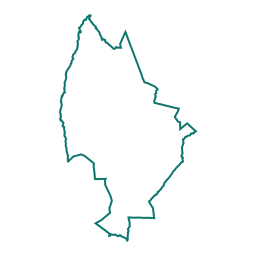 Murehwa, Mashonaland East, Zimbabwe
{"feature_id": "62879985B35130574204282", "entity_name": "Murehwa", "entity_type": "district", "adm_level": 2, "iso_a3": "ZWE", "parent_name": "Zimbabwe", "parent_adm1": "Mashonaland East", "projection": "equal_earth", "projection_center": [31.759, -17.8], "detail": "fine", "context": "isolated", "style": "outline", "palette": "teal", "viewbox_px": 256, "rotation_deg": 0, "n_neighbors": 0, "source": "geoboundaries", "source_scale": "gbopen_adm2", "svg_char_len": 5649}
<svg xmlns="http://www.w3.org/2000/svg" viewBox="0 0 256 256"><path d="M68.1,161.5L73.6,156.4L81.3,154.4L84.8,156.0L93.9,163.4L93.6,167.0L93.9,168.0L93.9,168.9L94.3,169.7L94.1,171.0L94.4,172.2L94.4,173.0L94.6,173.8L94.6,175.3L94.9,176.7L94.8,178.5L95.1,179.1L105.6,178.9L105.0,179.9L105.2,184.8L108.5,191.7L110.2,195.2L111.8,200.5L111.6,201.8L111.3,202.2L111.1,203.0L110.5,205.0L110.4,205.8L109.4,207.4L109.6,208.8L109.5,209.8L109.5,210.5L109.7,210.8L110.1,212.8L105.5,216.6L101.5,220.0L95.6,223.3L105.7,230.8L105.7,230.7L109.5,233.7L109.2,235.9L110.0,235.8L110.7,235.0L111.1,234.3L111.7,234.4L113.8,235.0L114.6,234.6L115.3,234.5L117.1,235.9L118.0,235.9L118.3,236.1L118.6,236.1L118.8,235.8L118.9,235.5L119.2,235.3L119.6,235.3L119.9,235.5L120.5,235.3L121.1,235.8L121.4,236.4L121.6,236.5L122.9,236.9L123.3,237.2L124.2,237.5L125.9,238.4L126.9,239.3L127.2,240.0L127.3,240.3L127.2,240.6L127.3,240.6L127.6,240.1L127.6,239.8L127.7,239.6L127.8,239.1L127.6,238.0L127.8,237.0L127.6,236.0L127.8,234.9L128.1,233.8L127.8,233.0L128.1,232.5L128.2,231.6L128.6,230.8L128.5,230.6L128.0,229.7L128.0,229.0L128.5,228.3L129.8,225.9L129.8,225.7L129.8,225.4L129.6,224.8L129.6,224.3L129.7,223.9L129.7,223.6L129.2,220.9L129.3,220.1L129.1,219.5L128.7,219.2L128.7,218.0L128.5,217.5L129.9,217.3L132.0,217.7L139.5,217.6L144.4,217.9L147.6,217.8L152.6,218.0L154.2,218.1L153.5,213.0L153.0,208.2L149.7,203.0L149.0,201.4L149.7,201.1L150.3,200.7L151.2,198.9L152.4,198.0L153.1,197.0L155.0,195.3L155.4,194.7L155.8,194.5L156.6,194.6L156.8,194.4L157.5,193.0L157.5,192.2L158.1,191.8L158.4,191.9L158.6,191.8L159.7,190.3L160.6,189.3L160.9,189.2L161.2,188.9L161.6,187.9L162.1,187.3L162.4,186.8L163.3,186.2L163.7,185.2L164.1,184.5L164.2,183.4L164.4,182.8L165.4,181.9L165.9,181.0L166.3,180.8L166.7,180.0L167.1,179.8L169.7,176.8L172.2,173.2L173.6,170.9L174.2,170.6L176.1,168.1L177.9,166.1L179.0,165.3L180.3,163.7L181.0,162.6L181.6,162.3L182.3,162.1L182.9,161.7L182.9,161.0L182.6,159.7L182.4,158.7L182.9,158.1L182.8,157.6L182.7,157.4L182.0,157.1L181.6,156.8L181.5,156.3L181.5,155.6L182.1,154.9L182.1,154.0L182.6,153.1L182.3,152.1L182.1,149.5L181.9,147.6L182.3,146.3L182.8,145.2L183.1,143.8L183.4,143.6L183.6,143.3L183.6,142.9L183.3,142.3L183.3,140.8L182.9,139.9L183.1,139.3L183.5,139.0L183.9,139.0L184.4,138.6L184.7,138.2L185.0,137.3L185.4,136.9L186.0,137.0L186.5,136.6L188.2,135.6L190.0,135.4L191.0,133.6L191.3,133.4L193.1,133.2L193.3,133.5L193.5,133.5L193.6,133.4L193.9,132.7L194.1,132.4L195.0,131.8L195.5,131.7L195.9,131.3L187.1,123.4L180.2,129.1L180.1,122.2L177.9,121.5L174.8,116.9L176.9,113.1L178.1,110.8L178.8,108.6L174.8,107.8L154.5,102.8L154.2,100.6L155.1,99.1L155.2,98.2L155.1,97.6L155.5,97.2L155.8,96.7L155.7,95.9L155.3,95.5L155.3,95.3L155.2,94.7L155.4,93.7L155.9,93.4L156.3,92.8L156.3,92.5L156.1,92.0L156.2,90.9L157.0,89.8L157.6,89.6L157.6,89.1L154.8,86.5L147.2,83.0L144.8,82.5L144.6,82.4L144.0,81.5L143.7,80.3L142.7,78.4L141.2,73.7L132.0,49.4L130.5,45.6L126.2,33.9L125.4,32.0L120.1,43.9L120.9,47.7L120.2,47.5L119.4,47.7L118.6,47.5L118.2,47.8L117.5,47.7L116.3,47.1L115.9,47.1L115.6,47.3L115.4,48.1L115.1,48.7L114.5,48.9L113.7,48.7L113.0,48.3L110.9,46.1L109.2,45.0L108.2,43.9L107.8,43.7L107.4,42.9L106.8,42.5L105.8,42.5L105.6,41.9L105.3,41.5L105.2,40.2L104.9,39.8L104.3,39.8L103.3,39.1L103.0,39.1L102.9,39.2L102.2,39.9L101.9,39.3L101.6,38.5L101.7,37.6L101.1,36.8L100.4,35.1L100.0,34.5L99.5,32.8L99.0,31.8L98.6,31.3L97.8,30.6L96.9,29.0L96.5,28.9L95.8,28.2L95.7,27.8L96.0,27.4L96.0,27.1L95.8,26.8L95.3,26.6L94.4,25.3L94.0,25.2L93.4,24.4L92.7,23.9L92.3,22.9L91.3,22.1L90.4,20.4L89.7,19.5L89.1,19.2L89.1,18.7L89.3,18.4L89.5,17.6L90.2,16.5L90.5,15.4L89.4,15.4L88.9,15.7L88.5,16.6L87.9,16.6L87.6,16.8L87.3,16.8L87.1,17.5L86.7,17.9L85.9,19.9L84.9,19.7L84.3,20.0L84.1,20.4L83.2,21.5L83.1,22.7L82.9,23.7L81.5,25.0L80.8,26.5L80.0,27.2L79.3,27.5L79.0,27.9L79.3,28.5L79.4,29.2L79.7,29.7L80.1,30.0L80.4,31.1L80.8,31.8L80.8,32.2L80.6,32.4L79.8,32.4L79.5,32.3L79.2,32.0L78.9,32.0L78.6,32.7L78.6,34.0L78.4,34.2L78.4,35.6L78.7,36.4L78.4,37.2L78.8,37.4L78.9,37.7L78.9,38.7L78.7,39.5L77.5,41.2L77.4,41.5L77.7,42.2L77.6,43.1L77.9,44.0L77.8,45.2L77.4,46.2L77.6,46.8L77.6,47.2L77.5,47.6L77.2,48.0L77.1,48.4L77.2,48.9L76.7,49.9L75.6,51.1L75.5,51.9L75.2,52.6L74.5,53.5L74.1,53.7L73.1,55.0L72.5,56.8L72.5,57.4L72.5,57.7L73.3,58.4L73.4,58.9L72.8,59.6L72.0,60.4L71.7,60.9L71.5,62.3L71.3,63.2L70.9,63.5L70.8,63.8L70.5,65.4L69.8,66.3L69.5,67.0L69.3,67.3L68.2,68.8L66.0,72.4L66.4,73.4L66.2,73.7L65.7,74.4L65.7,74.8L66.1,75.6L66.0,76.0L66.2,76.5L66.3,77.1L66.0,78.9L65.7,79.9L65.3,80.9L65.0,81.9L64.6,82.7L64.6,83.1L64.8,84.0L64.8,86.1L64.4,87.3L64.2,88.4L64.3,88.8L64.6,89.1L64.7,89.3L64.4,90.2L64.4,91.3L64.5,91.7L64.9,92.4L64.0,92.9L63.5,93.3L63.1,94.1L62.5,96.0L62.4,96.1L61.9,96.0L61.9,97.1L61.2,98.7L61.2,99.8L60.9,101.9L61.4,102.4L61.3,103.1L61.5,103.9L61.7,105.4L61.3,107.3L60.5,109.6L60.1,112.2L60.1,112.8L60.5,113.4L60.8,114.4L60.5,115.0L60.5,115.3L60.9,116.0L60.9,117.0L60.8,117.3L60.1,118.5L60.4,118.9L60.5,119.3L60.5,119.8L60.6,120.2L61.1,120.0L61.3,120.5L61.8,120.8L62.1,121.4L62.3,121.5L62.7,122.3L63.1,122.3L63.3,122.4L63.3,123.9L62.8,125.0L62.7,126.0L63.0,126.0L63.3,126.7L63.8,127.0L64.1,127.0L64.1,129.4L64.7,131.1L64.7,131.6L64.6,131.9L64.5,132.4L64.8,133.1L64.7,133.8L64.3,134.4L64.3,134.7L64.6,135.3L64.6,136.2L64.8,136.6L65.5,137.3L65.7,138.0L66.1,138.9L66.1,139.5L65.7,139.9L65.5,140.7L65.5,141.4L65.7,142.3L65.9,142.9L65.7,143.7L65.8,146.2L65.9,146.8L66.4,147.5L66.5,148.0L66.5,150.7L66.7,151.0L66.9,152.0L67.1,152.5L67.3,153.8L67.5,154.6L68.1,155.6L68.1,155.9L67.8,156.5L67.9,157.6L67.7,158.2L67.8,158.6L67.9,159.1L67.9,161.4L68.1,161.5Z" fill="none" stroke="#0f766e" stroke-width="2"/></svg>